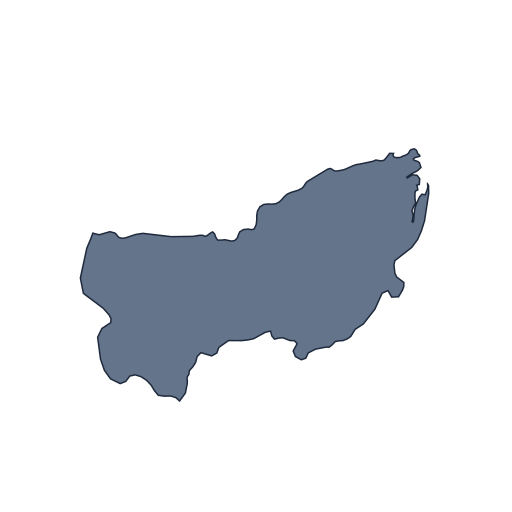 outline of Cross River, rotated 229°
{"feature_id": "NGA-2847", "entity_name": "Cross River", "entity_type": "State", "adm_level": 1, "iso_a3": "NGA", "parent_name": "Nigeria", "parent_adm1": "", "projection": "robinson", "projection_center": [8.541, 5.798], "detail": "fine", "context": "isolated", "style": "filled", "palette": "slate", "viewbox_px": 512, "rotation_deg": 229, "n_neighbors": 0, "source": "natural_earth", "source_scale": "10m", "svg_char_len": 2903}
<svg xmlns="http://www.w3.org/2000/svg" viewBox="0 0 512 512"><g transform="rotate(229 256 256)"><path d="M380.3,148.0L379.4,148.4L374.9,151.6L370.2,161.7L365.9,164.6L363.5,164.8L361.6,164.6L359.8,164.8L357.7,166.1L355.6,168.8L351.2,179.3L347.3,185.5L326.2,204.7L312.1,221.4L308.8,226.8L306.9,229.1L304.4,230.5L303.6,231.7L303.2,236.7L302.7,239.0L300.0,239.3L296.6,238.0L293.3,237.4L290.7,240.3L288.7,243.2L283.2,247.4L281.6,250.2L281.9,253.8L283.5,256.5L284.9,259.6L284.2,263.9L281.5,267.7L278.8,269.9L277.6,272.4L279.6,276.8L282.7,280.2L286.2,283.2L289.0,286.7L290.6,291.3L289.9,295.5L287.6,298.9L284.7,302.0L282.4,305.4L281.5,309.2L281.7,312.6L282.2,316.0L282.3,319.6L281.3,323.5L278.0,330.9L277.0,335.1L277.2,337.4L278.4,341.6L278.6,343.5L274.5,367.1L273.4,369.4L271.8,370.2L270.0,370.6L268.3,371.4L266.7,373.3L263.7,378.5L262.8,380.8L260.5,388.4L259.1,391.8L256.8,395.4L256.8,395.5L250.8,406.3L249.8,409.4L245.6,412.9L244.3,415.6L244.8,419.3L245.3,421.7L245.8,424.2L243.2,427.1L242.8,426.2L241.8,425.4L240.4,425.0L239.1,425.7L237.5,427.2L236.1,429.0L235.5,430.4L235.2,431.9L233.9,435.3L233.5,437.0L233.6,438.8L234.6,441.3L234.5,442.9L233.2,445.6L231.4,446.4L229.3,446.1L227.1,445.2L226.4,445.4L224.9,445.6L223.8,445.1L224.5,443.5L225.1,442.3L225.9,440.5L226.2,438.8L225.5,438.0L224.2,438.4L221.2,440.1L219.2,440.5L214.6,438.6L214.4,433.8L215.9,427.6L216.6,421.5L215.6,421.5L214.6,427.4L211.2,430.5L206.8,430.2L202.8,426.1L203.3,425.4L204.0,423.7L202.8,423.4L199.7,421.5L200.4,419.1L199.2,417.2L195.0,413.6L191.3,411.3L191.1,411.2L190.3,408.3L188.5,404.5L187.4,403.0L185.5,402.3L183.9,401.5L182.0,399.6L180.5,397.6L179.7,396.4L178.7,396.4L178.7,397.5L187.2,406.5L189.2,409.5L193.2,417.8L193.8,421.8L191.3,423.7L192.3,426.1L193.9,428.9L195.6,431.2L197.1,432.2L197.8,432.8L197.7,432.8L195.9,432.4L190.0,427.5L172.0,406.3L166.5,397.4L162.4,388.7L160.3,379.1L161.4,357.8L158.9,354.4L152.0,349.6L148.0,348.4L139.0,350.2L136.0,347.5L134.2,344.3L131.7,336.8L136.0,331.4L143.3,332.9L145.2,326.8L137.8,310.7L134.3,292.4L135.6,282.7L133.1,274.7L133.6,270.4L135.0,266.3L137.5,263.0L139.5,259.6L139.0,255.6L139.2,251.4L141.3,249.1L146.7,239.7L148.6,231.9L146.2,226.5L148.0,222.1L154.2,219.8L159.9,221.7L162.9,229.6L166.9,229.4L169.7,226.3L176.8,222.5L179.2,219.2L181.1,215.4L185.3,215.5L189.7,217.7L192.3,213.1L195.1,200.0L198.0,194.8L201.5,189.7L210.2,179.8L211.4,168.0L208.5,162.8L209.7,157.0L219.2,151.0L218.7,145.5L215.4,140.8L213.9,136.0L213.2,130.6L210.5,127.3L210.1,125.3L208.9,123.7L206.7,122.2L204.7,120.3L198.9,112.8L196.7,103.2L201.7,102.6L206.3,99.8L210.5,94.7L215.0,90.9L221.0,91.0L227.2,92.1L233.9,91.9L240.5,90.0L245.5,86.9L248.2,82.0L246.8,75.4L248.8,69.8L258.7,65.6L269.2,66.6L280.2,71.0L298.6,83.2L302.4,92.2L301.0,102.6L303.9,105.5L308.1,106.5L316.8,106.4L341.0,101.2L354.6,109.0L372.9,133.4L377.3,142.4L380.3,147.9L380.3,148.0Z" fill="#64748b" stroke="#1e293b" stroke-width="1.5"/></g></svg>